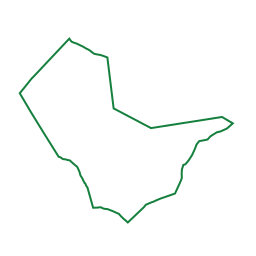 the district of Invorgoil Estate, Anse-la-Raye, Saint Lucia, rotated 355°
{"feature_id": "8701671B81496139383371", "entity_name": "Invorgoil Estate", "entity_type": "district", "adm_level": 2, "iso_a3": "LCA", "parent_name": "Saint Lucia", "parent_adm1": "Anse-la-Raye", "projection": "natural_earth1", "projection_center": [-61.036, 13.932], "detail": "fine", "context": "isolated", "style": "outline", "palette": "green", "viewbox_px": 256, "rotation_deg": 355, "n_neighbors": 0, "source": "geoboundaries", "source_scale": "gbopen_adm2", "svg_char_len": 1926}
<svg xmlns="http://www.w3.org/2000/svg" viewBox="0 0 256 256"><g transform="rotate(355 128 128)"><path d="M77.3,33.9L37.0,69.8L36.5,70.1L28.5,78.5L23.2,83.9L31.6,101.5L34.8,108.0L44.2,126.7L56.4,150.6L56.7,150.6L56.9,150.7L57.3,150.9L57.8,151.2L58.1,151.3L58.9,151.9L59.2,152.3L60.0,152.9L60.6,153.3L61.4,153.5L62.0,153.6L62.8,153.8L63.3,153.9L64.8,154.5L65.3,154.7L65.7,154.8L66.0,154.9L66.5,155.0L66.9,155.1L67.3,155.3L67.6,155.7L67.9,156.0L68.2,156.3L68.9,157.1L69.2,157.4L71.4,159.7L72.5,160.8L73.0,161.2L73.3,161.5L73.5,161.7L73.9,162.2L74.3,163.0L74.6,163.8L74.8,164.4L74.9,164.6L75.1,165.4L75.5,166.3L75.7,167.1L75.8,167.3L76.0,168.1L76.1,168.8L76.2,169.6L76.3,169.8L76.3,170.2L76.5,171.0L76.6,171.4L76.9,171.9L77.4,172.8L77.9,173.8L78.1,174.2L78.5,175.1L78.6,175.7L78.9,176.5L79.1,177.0L79.3,177.3L79.5,178.0L79.8,178.7L80.1,179.2L80.4,179.3L80.6,179.7L80.8,180.1L80.9,180.4L81.0,181.0L81.4,182.0L81.7,182.5L81.8,182.9L81.9,183.0L82.0,183.2L82.4,183.6L86.3,204.4L89.5,204.6L94.1,204.6L96.0,205.9L98.2,206.6L100.5,207.0L105.6,209.5L109.5,211.7L111.4,212.7L113.4,215.4L115.9,218.3L118.2,220.5L118.4,220.9L119.6,222.1L137.0,208.2L137.4,207.8L139.1,206.0L140.0,205.7L145.6,203.9L146.7,203.7L147.3,203.5L149.6,202.6L154.4,201.1L167.5,197.8L169.1,197.4L174.4,188.1L175.7,185.8L177.2,182.7L177.4,180.3L177.5,178.1L178.1,173.9L178.4,173.3L178.6,172.8L180.0,169.5L181.6,169.3L182.4,168.8L185.7,165.4L189.5,160.5L192.8,154.7L194.9,150.3L197.8,147.3L202.8,146.8L206.2,146.4L209.5,143.4L216.2,140.0L219.9,139.5L226.6,137.1L232.8,132.5L222.6,125.2L150.9,130.1L115.8,107.5L115.4,107.3L113.6,56.0L113.3,55.8L110.9,54.6L108.6,53.6L106.7,52.8L104.7,52.3L102.3,51.6L100.8,51.1L99.8,50.3L98.9,49.5L97.8,48.5L96.8,47.5L95.0,46.2L94.7,46.0L94.5,45.9L94.1,45.7L92.5,44.7L90.6,43.2L88.2,41.8L84.5,39.6L83.0,38.9L81.8,38.4L81.5,38.3L81.0,38.0L80.6,37.8L79.2,37.0L77.8,34.8L77.3,33.9Z" fill="none" stroke="#15803d" stroke-width="2"/></g></svg>